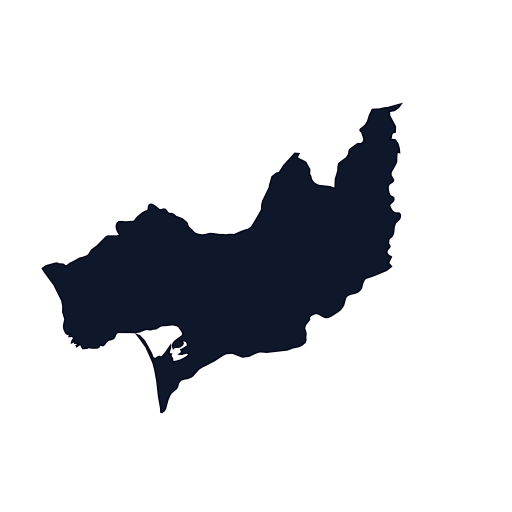 map outline of Magdalena (Robinson projection), rotated 239°
{"feature_id": "COL-1416", "entity_name": "Magdalena", "entity_type": "Department", "adm_level": 1, "iso_a3": "COL", "parent_name": "Colombia", "parent_adm1": "", "projection": "robinson", "projection_center": [-74.235, 10.123], "detail": "fine", "context": "isolated", "style": "filled", "palette": "ink", "viewbox_px": 512, "rotation_deg": 239, "n_neighbors": 0, "source": "natural_earth", "source_scale": "10m", "svg_char_len": 5413}
<svg xmlns="http://www.w3.org/2000/svg" viewBox="0 0 512 512"><g transform="rotate(239 256 256)"><path d="M170.6,97.6L170.5,95.9L170.2,95.0L171.0,94.0L174.6,95.9L177.9,97.2L185.6,100.1L199.7,106.6L210.3,110.6L217.4,112.7L224.8,113.7L234.6,114.8L244.1,114.1L249.8,113.4L247.7,115.1L240.6,116.7L226.7,116.2L225.0,115.9L223.4,115.5L221.9,115.4L220.3,116.2L219.8,117.6L220.0,119.5L219.9,121.2L218.7,121.9L218.2,124.0L219.8,128.8L223.3,136.5L221.1,135.2L219.0,132.6L217.1,131.1L215.4,133.0L214.4,131.5L211.0,131.5L208.9,130.4L207.8,130.9L206.7,133.7L205.8,137.0L205.5,139.2L205.3,144.2L205.6,146.6L206.5,147.8L208.5,147.0L209.3,144.4L210.0,141.5L211.4,139.8L211.4,141.5L211.9,142.6L212.9,143.3L214.4,143.3L214.1,144.9L214.3,151.1L216.5,152.2L218.9,152.1L220.7,150.6L221.3,147.8L219.7,148.8L218.4,148.4L217.6,146.8L217.3,144.3L217.9,142.2L219.0,140.7L219.8,139.3L219.3,137.5L222.2,138.1L224.0,140.3L224.9,143.5L225.6,151.5L226.9,153.4L229.1,153.7L234.8,153.4L235.8,153.1L237.2,152.3L239.9,149.3L240.5,148.8L240.9,147.3L245.1,138.7L245.2,137.6L245.1,133.0L246.7,129.5L246.9,128.1L247.4,127.2L249.4,124.6L249.9,123.6L251.0,117.3L252.3,113.7L261.3,99.0L261.8,97.7L261.4,95.8L259.3,93.0L258.7,91.5L258.8,89.7L259.6,86.9L259.8,85.3L259.6,83.7L258.3,80.7L257.9,79.1L258.1,78.5L259.5,77.1L259.8,76.3L259.7,75.3L259.3,74.9L258.9,74.6L258.7,74.1L259.1,72.4L259.9,70.8L261.8,67.8L262.5,66.9L263.2,66.4L263.7,65.7L263.9,64.0L265.7,60.0L268.0,59.8L269.8,60.3L270.9,59.5L270.6,55.6L271.7,55.6L271.8,56.6L272.0,57.3L272.7,58.9L274.2,56.5L274.6,55.6L275.1,55.9L275.4,56.0L275.7,56.6L276.6,56.6L276.6,53.3L278.0,54.6L279.1,57.1L280.7,57.7L282.1,56.9L282.7,55.2L283.3,54.3L284.5,55.6L285.6,55.6L285.8,54.4L286.4,53.8L287.3,53.5L288.4,53.3L292.1,53.7L294.9,54.9L297.3,56.9L299.8,59.4L300.9,59.9L307.5,61.5L312.2,64.6L317.8,66.6L335.3,68.0L351.5,66.5L355.4,66.5L355.4,67.0L355.7,71.2L353.0,80.6L352.3,81.9L351.2,82.6L350.5,83.2L348.7,85.9L348.0,86.6L347.1,87.0L345.8,87.5L345.3,88.2L345.0,89.2L345.4,91.5L345.5,93.3L345.2,95.4L344.9,103.9L344.0,106.4L343.2,110.4L343.1,112.0L343.3,113.3L345.0,116.4L345.8,118.4L346.5,125.2L349.6,137.4L349.5,139.1L344.7,147.1L343.9,149.6L345.1,150.2L347.1,150.0L349.5,150.2L352.0,150.8L354.2,152.1L355.7,154.0L356.0,156.2L354.0,159.5L352.5,161.3L348.4,169.4L349.8,172.5L350.5,174.9L351.4,181.0L351.3,183.5L350.8,186.0L351.2,187.3L352.1,188.2L353.4,189.1L354.6,190.4L354.7,192.0L353.7,193.6L350.3,195.3L346.2,196.7L345.1,197.2L344.5,198.5L343.7,201.2L342.5,202.3L340.5,202.6L338.8,202.6L337.3,203.3L335.4,206.0L333.1,207.2L331.1,207.7L325.9,211.9L320.4,213.8L318.9,213.7L317.7,213.3L316.6,213.1L315.3,213.1L313.4,213.8L308.2,214.9L306.3,215.8L304.3,217.5L301.6,220.8L300.4,223.6L299.0,227.9L297.6,230.2L293.2,235.5L291.0,239.1L289.5,241.0L288.0,244.5L285.5,248.3L284.5,256.1L283.4,261.3L282.8,263.1L283.0,265.5L283.2,267.3L287.9,276.1L291.7,283.0L293.1,285.0L295.1,286.2L297.2,287.7L299.6,290.1L308.0,302.9L309.5,304.0L315.7,310.6L316.3,315.0L316.4,316.1L315.5,318.9L319.3,326.5L324.0,342.2L321.6,345.5L320.8,344.2L320.4,343.5L319.8,342.6L319.0,342.2L318.0,342.3L311.9,346.3L310.7,346.9L309.0,346.8L308.0,346.7L302.7,346.6L301.4,345.9L299.4,344.4L298.3,344.0L295.9,343.9L294.5,343.3L293.2,343.0L292.2,342.9L288.9,343.3L286.7,344.3L284.2,346.0L277.2,355.1L273.0,358.5L281.0,363.7L287.1,370.4L290.1,372.2L292.7,374.8L293.6,384.1L295.2,387.5L296.5,388.7L297.8,389.7L298.7,390.7L299.2,391.9L299.6,397.7L299.8,399.2L299.9,400.4L299.8,401.2L299.5,401.9L298.9,402.6L298.3,403.5L298.2,404.3L298.2,405.0L298.4,405.9L298.8,407.0L299.5,408.1L301.3,409.0L306.9,410.3L308.2,410.3L309.3,409.9L310.3,410.0L311.0,411.0L311.3,414.2L312.0,417.4L313.8,420.9L318.1,425.7L321.7,431.2L318.3,437.5L316.8,442.3L315.3,445.3L311.6,458.7L309.8,454.4L309.5,449.6L311.3,444.7L307.3,442.7L295.1,442.1L290.5,439.1L291.3,436.5L290.1,434.6L288.0,433.0L286.6,431.2L284.1,435.0L279.7,435.5L274.8,434.2L270.7,432.3L272.4,430.7L270.4,428.8L264.4,425.0L262.2,421.8L258.4,415.0L255.8,413.2L250.2,413.0L249.2,411.6L249.0,407.0L247.8,405.2L245.0,403.5L241.8,402.4L239.1,402.0L237.5,402.6L236.3,403.5L235.0,404.0L233.1,403.1L232.3,401.7L231.3,397.3L230.6,396.4L226.0,395.9L223.7,396.1L221.3,397.4L220.4,398.6L219.7,399.9L218.9,400.8L217.3,401.0L215.9,400.4L214.6,399.2L213.7,397.6L212.4,392.4L210.1,389.6L205.4,386.1L204.3,385.0L203.3,383.6L202.6,382.0L202.4,380.0L202.0,378.6L200.9,377.6L198.5,376.0L197.8,375.8L195.9,375.9L195.0,375.5L194.5,374.6L193.8,372.2L193.1,371.0L191.3,369.8L189.4,369.7L187.4,370.4L185.6,371.6L182.7,367.3L181.6,365.9L177.3,366.7L176.5,360.4L178.7,345.8L180.3,339.1L180.0,336.7L178.2,333.9L174.4,330.0L173.2,327.7L172.7,324.4L173.3,321.3L174.5,317.6L175.1,314.1L174.2,311.4L169.2,306.2L167.9,304.2L166.6,300.9L166.1,297.5L165.9,290.0L166.2,286.4L167.2,284.3L168.7,282.9L173.8,280.0L175.6,278.5L176.5,276.2L176.7,272.0L176.2,270.5L175.2,269.7L174.2,269.3L173.7,268.7L171.9,263.6L170.6,261.7L169.7,260.9L168.8,260.2L164.5,259.2L163.4,258.6L160.6,256.5L158.3,255.5L156.6,253.6L156.0,249.0L156.5,245.5L158.4,240.1L159.4,234.4L160.4,232.3L168.1,215.4L170.4,212.4L172.2,209.5L173.0,205.9L173.8,198.3L176.4,192.4L184.9,185.8L187.7,180.3L188.1,176.8L187.7,166.3L188.7,152.3L188.6,149.0L188.3,147.6L185.9,140.2L185.7,138.1L186.3,134.4L187.5,131.3L188.3,128.4L187.7,125.3L186.3,123.2L184.6,121.7L183.3,119.5L182.3,112.8L181.1,110.4L177.9,106.1L172.0,100.0L170.6,97.6Z" fill="#0f172a" stroke="#020617" stroke-width="1.5"/></g></svg>